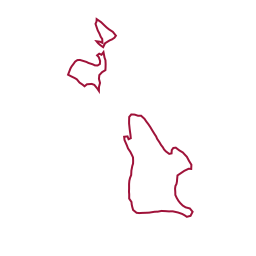 outline of Agios Andronikos Karpasias, Cyprus, rotated 236°
{"feature_id": "46923920B74811643881920", "entity_name": "Agios Andronikos Karpasias", "entity_type": "district", "adm_level": 2, "iso_a3": "CYP", "parent_name": "Cyprus", "parent_adm1": "", "projection": "mercator", "projection_center": [34.203, 35.502], "detail": "fine", "context": "isolated", "style": "outline", "palette": "rose", "viewbox_px": 256, "rotation_deg": 236, "n_neighbors": 0, "source": "geoboundaries", "source_scale": "gbopen_adm2", "svg_char_len": 2064}
<svg xmlns="http://www.w3.org/2000/svg" viewBox="0 0 256 256"><g transform="rotate(236 128 128)"><path d="M22.4,134.7L26.7,134.3L30.0,131.4L33.1,130.0L36.7,129.3L39.6,129.1L42.9,129.3L46.0,129.8L48.5,131.4L51.4,133.1L53.4,134.9L54.5,136.9L56.3,138.7L58.1,140.1L61.0,142.5L61.0,147.7L61.0,150.8L60.3,155.5L58.7,157.5L62.1,160.0L66.7,160.2L71.2,160.7L74.8,160.1L77.0,159.8L80.8,158.0L85.0,156.6L86.1,154.4L85.2,151.9L82.6,149.9L83.5,147.7L87.5,146.3L90.1,145.9L92.4,146.1L95.5,145.9L98.4,146.1L102.8,146.1L105.3,146.6L107.7,146.6L112.9,146.8L116.2,147.0L120.0,147.0L123.1,146.8L126.4,146.8L130.9,145.7L132.5,143.2L135.4,141.0L137.4,138.3L136.5,135.2L133.3,132.9L131.1,131.4L126.4,128.9L123.8,127.6L120.9,126.2L118.0,124.6L118.4,122.2L121.3,122.9L122.9,119.9L120.0,118.4L114.0,117.3L111.1,116.6L106.8,116.6L103.1,116.1L100.8,115.7L97.9,113.9L95.7,112.3L94.1,110.3L93.1,109.3L90.8,107.0L87.2,104.3L85.5,101.8L83.5,99.6L81.0,97.6L77.0,94.9L74.5,93.1L72.5,92.0L68.8,89.5L64.7,89.5L62.7,88.4L60.5,87.5L57.2,86.4L52.9,87.7L51.2,89.7L49.6,92.4L47.6,95.6L46.0,98.2L43.6,103.4L42.0,105.9L40.5,109.4L37.8,113.0L36.2,115.0L33.8,118.6L30.0,122.2L26.4,124.9L23.8,126.2L21.5,127.1L20.2,130.7L22.4,134.7ZM186.9,115.3L187.2,118.4L184.8,122.6L182.6,124.2L178.1,124.6L175.0,124.6L178.3,126.9L181.0,130.0L185.0,131.4L187.9,133.8L188.8,137.8L188.6,141.6L190.4,143.0L193.5,145.2L196.8,147.2L199.5,147.9L204.6,150.1L203.5,147.0L205.7,145.7L205.5,143.0L203.1,143.4L199.1,142.3L196.8,140.5L196.8,137.8L198.4,135.6L200.6,134.3L204.0,131.6L206.0,130.5L208.0,128.9L211.3,126.2L212.6,124.0L212.6,121.3L211.5,118.4L210.6,115.7L209.5,113.5L208.0,111.4L205.7,108.1L202.4,109.9L199.3,111.7L197.0,112.8L192.8,113.2L189.3,114.6L186.9,115.3ZM208.9,152.6L211.1,156.4L210.9,161.8L210.4,164.2L210.4,167.2L211.3,169.6L216.2,169.2L220.4,167.4L223.3,166.5L226.4,165.8L230.7,164.9L235.8,162.9L234.0,161.6L232.5,159.3L228.5,158.2L225.8,157.5L222.2,157.1L218.9,156.4L216.2,156.4L212.9,154.4L215.1,153.1L217.5,150.4L215.1,150.6L212.4,151.3L208.9,152.6Z" fill="none" stroke="#9f1239" stroke-width="2"/></g></svg>